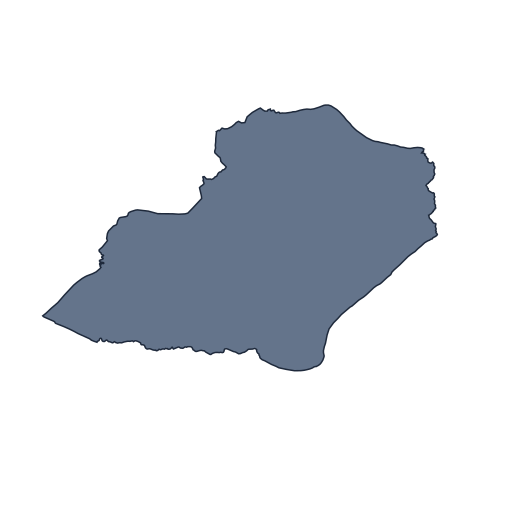 the district of Phongsaly, Phôngsali, Laos, rotated 46°
{"feature_id": "54806243B21239526980805", "entity_name": "Phongsaly", "entity_type": "district", "adm_level": 2, "iso_a3": "LAO", "parent_name": "Laos", "parent_adm1": "Phôngsali", "projection": "orthographic", "projection_center": [102.201, 21.831], "detail": "fine", "context": "isolated", "style": "filled", "palette": "slate", "viewbox_px": 512, "rotation_deg": 46, "n_neighbors": 0, "source": "geoboundaries", "source_scale": "gbopen_adm2", "svg_char_len": 6041}
<svg xmlns="http://www.w3.org/2000/svg" viewBox="0 0 512 512"><g transform="rotate(46 256 256)"><path d="M150.9,451.0L152.0,451.0L153.2,450.6L162.7,446.7L163.6,446.6L164.6,446.9L165.3,446.9L173.2,443.3L179.1,440.9L183.9,439.2L188.1,437.9L199.9,433.2L202.2,432.9L205.1,431.6L207.6,430.3L207.2,429.5L207.8,427.6L207.0,426.0L207.1,425.1L207.5,424.7L208.0,424.6L210.0,425.5L211.1,425.4L212.1,424.6L212.3,424.1L212.4,422.4L212.8,421.7L215.1,421.6L216.5,420.5L218.6,419.7L219.1,418.9L219.2,417.8L219.4,417.2L220.8,417.1L221.3,416.6L222.1,416.4L222.6,415.9L223.5,414.4L225.2,412.9L226.1,410.8L227.9,407.9L228.8,406.9L229.9,405.9L231.0,404.0L231.5,403.7L232.5,403.7L232.9,402.0L233.6,401.3L235.4,400.3L237.9,399.5L238.3,399.4L239.6,400.1L240.2,400.1L241.4,398.9L242.3,398.5L243.2,398.5L245.2,399.3L246.1,399.3L247.3,399.0L248.5,397.3L249.1,396.7L252.0,395.4L253.1,394.6L254.1,393.5L254.8,393.6L255.2,393.2L255.7,392.3L255.7,390.6L256.2,390.2L256.8,390.1L257.2,389.7L257.9,387.9L258.3,387.4L259.5,386.5L259.6,385.4L259.8,385.1L260.3,385.0L261.1,384.0L261.8,384.1L262.1,383.9L262.9,383.0L263.3,382.3L263.4,381.6L263.3,379.7L263.7,379.6L265.0,380.0L265.6,380.0L267.5,375.1L268.1,374.6L269.7,374.3L271.6,372.7L272.1,370.3L272.7,369.7L273.5,369.2L273.7,368.2L275.5,366.3L276.1,365.9L277.2,365.6L278.2,365.8L279.8,366.4L280.9,366.0L281.8,366.0L283.0,365.5L283.7,364.5L285.0,362.0L285.9,360.8L287.4,359.9L288.3,359.0L290.2,358.9L294.8,357.5L295.5,356.8L295.7,355.4L296.2,354.0L297.1,352.3L298.7,350.6L300.0,349.5L300.7,348.3L302.1,347.4L302.6,346.3L302.3,345.3L301.2,343.5L301.3,342.9L302.0,341.8L303.3,341.0L309.1,338.6L310.7,337.5L314.3,336.4L315.4,335.0L316.2,332.7L317.2,331.1L317.7,328.6L317.7,326.7L318.1,325.9L320.5,323.2L321.6,321.2L322.1,320.9L323.7,320.5L324.6,321.4L325.9,322.0L327.1,322.2L328.6,322.0L329.4,322.7L330.5,322.9L331.7,323.7L332.7,323.9L335.0,323.6L337.4,322.5L344.7,320.2L349.3,318.2L352.3,317.2L358.7,312.9L365.3,308.0L369.6,303.4L371.6,300.8L373.1,298.4L374.7,295.6L375.8,292.9L375.9,291.8L376.7,290.1L377.3,289.6L378.0,287.2L378.3,285.3L378.1,283.2L377.3,280.2L375.8,277.2L375.2,276.4L372.5,274.7L370.9,273.2L368.6,269.7L367.0,266.6L362.2,259.7L359.2,254.1L357.9,246.6L357.8,240.7L357.4,235.3L358.1,223.8L358.7,221.6L359.1,213.0L360.2,207.1L360.5,203.6L360.6,193.4L361.1,189.7L362.2,186.2L362.4,184.3L362.5,176.4L363.0,172.0L362.0,169.4L361.9,166.5L362.2,158.6L362.0,147.1L362.5,142.6L363.3,138.4L363.2,134.3L363.5,130.6L363.6,125.5L364.4,122.0L365.2,120.1L365.4,118.6L366.1,117.4L365.8,115.9L366.5,113.7L366.8,112.0L366.6,110.7L365.3,110.2L364.3,110.4L363.8,110.0L363.5,109.2L362.7,109.0L362.3,109.0L362.0,108.1L361.7,107.6L359.5,106.6L357.9,104.3L357.5,104.2L356.0,105.2L355.3,105.4L351.7,104.9L349.7,105.0L349.1,104.9L346.6,103.5L346.9,103.0L346.9,101.9L347.2,100.6L347.1,98.6L346.8,97.9L347.1,97.5L346.5,96.5L346.8,95.3L346.2,94.3L346.4,93.4L345.0,92.6L344.1,91.6L342.4,91.3L341.2,89.8L340.0,88.8L339.4,88.7L338.7,88.4L337.7,86.2L337.0,86.2L336.5,85.9L335.1,84.5L334.6,84.4L333.9,84.4L333.5,85.1L331.6,85.8L329.1,86.4L328.0,86.2L327.7,86.0L327.2,85.3L326.7,85.4L324.7,84.8L323.4,84.8L323.2,84.3L323.0,83.0L323.4,81.5L323.1,80.8L323.3,80.0L323.1,79.3L323.3,78.5L323.0,77.6L323.4,76.5L323.0,73.9L322.0,73.1L321.9,72.0L321.2,70.4L319.7,69.9L317.7,68.1L317.5,67.8L317.1,66.5L316.7,66.0L316.1,65.5L315.3,65.3L314.7,65.4L314.2,65.2L313.0,63.8L311.1,63.7L311.0,64.1L311.1,65.0L310.7,65.7L309.5,66.5L307.9,66.9L306.6,66.1L305.6,64.8L304.0,65.2L303.7,64.7L302.1,64.5L300.7,64.6L300.3,64.3L300.3,63.7L299.9,64.0L299.6,63.9L299.3,63.6L299.1,63.7L297.6,64.6L296.9,65.3L296.6,63.8L297.1,63.1L296.9,62.5L295.7,61.7L295.5,61.3L295.6,61.0L293.9,61.4L292.5,62.3L290.2,64.3L287.8,67.3L285.8,70.3L283.7,72.2L280.4,74.3L278.1,76.3L275.3,77.6L272.3,79.4L270.1,81.6L266.8,83.4L260.7,87.6L258.6,88.8L256.3,90.7L254.0,92.0L247.6,94.3L235.8,96.5L232.7,96.7L229.3,96.8L226.1,96.4L220.9,96.5L216.8,96.0L210.4,95.9L206.6,96.2L200.1,97.8L197.7,99.1L195.6,101.3L194.8,102.4L192.9,107.0L190.4,112.1L188.4,114.9L185.7,117.3L183.8,119.8L181.7,123.2L179.7,127.2L177.9,129.3L177.1,130.8L173.6,135.6L171.2,138.0L170.0,139.7L169.3,139.5L168.7,139.6L168.1,140.0L167.1,142.0L166.6,142.3L165.8,142.3L163.5,141.9L162.9,142.6L162.4,144.0L161.8,144.4L161.4,144.4L160.3,143.6L159.2,145.8L159.6,147.3L157.9,149.0L156.2,149.5L152.6,150.1L151.9,152.0L150.2,158.9L149.7,165.6L152.3,171.3L150.2,174.0L147.0,175.0L146.3,177.6L146.4,180.0L146.1,183.6L144.7,188.0L142.8,190.3L140.4,191.6L140.5,195.2L139.5,195.7L139.0,198.2L139.3,198.2L143.8,203.6L146.0,205.8L148.0,208.3L150.3,210.1L151.9,212.9L153.2,213.9L158.4,213.8L160.1,213.5L160.9,213.8L163.5,215.5L166.0,215.7L168.0,215.5L171.1,215.5L171.6,216.3L171.6,217.4L171.8,218.0L171.5,219.4L170.9,220.2L171.1,222.9L170.6,223.4L170.3,224.0L170.2,224.8L170.3,226.0L171.3,228.8L170.6,230.8L170.8,232.7L170.1,234.8L168.9,235.4L167.0,237.5L166.0,238.2L164.7,238.1L162.9,238.1L162.2,239.1L162.2,239.4L164.3,240.5L164.8,241.0L164.7,241.5L165.0,241.8L166.8,242.4L167.9,243.2L167.9,245.2L167.5,247.5L167.6,249.2L174.8,253.5L176.9,255.2L177.6,268.4L177.8,275.3L176.4,277.8L172.2,282.6L167.7,286.7L157.3,297.3L148.9,302.3L140.5,309.2L139.3,310.8L137.2,315.0L136.6,316.8L136.6,318.1L137.5,319.6L137.8,320.8L137.3,322.2L134.1,326.8L133.7,328.0L134.7,331.2L136.4,333.9L136.5,335.1L135.4,337.7L135.6,344.7L136.7,347.4L139.7,351.3L141.8,352.2L142.8,360.4L142.6,364.4L142.8,364.9L143.3,365.0L143.7,365.5L144.3,365.6L146.2,365.4L147.6,366.1L148.1,366.0L149.1,365.3L149.6,365.3L149.8,366.9L149.5,367.3L149.5,367.7L149.9,368.0L151.4,367.6L151.8,368.1L151.5,369.3L151.0,369.9L150.9,370.7L150.5,371.6L150.9,372.1L152.5,372.0L154.8,370.3L155.4,370.4L155.5,370.7L155.5,371.0L155.2,371.2L154.5,371.2L154.4,372.2L154.2,372.4L152.8,373.0L152.6,373.3L152.7,373.6L153.2,373.8L153.6,374.4L154.6,374.0L154.8,375.1L156.1,375.5L156.4,375.4L156.7,377.0L156.4,382.0L155.2,385.9L152.8,391.5L152.2,393.4L151.4,396.7L150.6,403.1L150.3,407.4L151.0,420.8L151.9,431.1L151.4,439.2L151.3,446.9L150.9,451.0Z" fill="#64748b" stroke="#1e293b" stroke-width="1.5"/></g></svg>